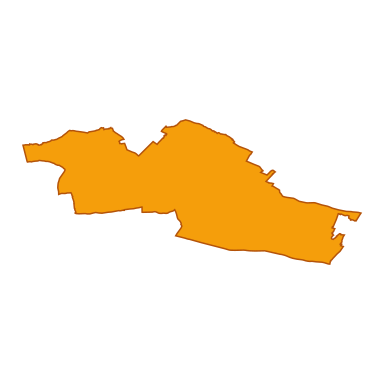 Argetoaia, Dolj, Romania
{"feature_id": "2599482B57573203776478", "entity_name": "Argetoaia", "entity_type": "district", "adm_level": 2, "iso_a3": "ROU", "parent_name": "Romania", "parent_adm1": "Dolj", "projection": "robinson", "projection_center": [23.353, 44.503], "detail": "fine", "context": "isolated", "style": "filled", "palette": "amber", "viewbox_px": 384, "rotation_deg": 0, "n_neighbors": 0, "source": "geoboundaries", "source_scale": "gbopen_adm2", "svg_char_len": 5929}
<svg xmlns="http://www.w3.org/2000/svg" viewBox="0 0 384 384"><path d="M328.4,264.0L329.1,264.0L329.8,264.1L330.3,261.7L330.6,261.7L330.4,261.6L330.4,261.2L330.7,260.7L330.9,260.8L331.0,260.5L331.5,259.9L332.0,259.6L332.8,258.5L334.8,256.4L337.1,253.9L340.1,251.2L343.3,246.5L340.7,245.7L341.7,244.3L340.3,244.0L341.7,242.3L341.9,241.9L341.9,240.3L342.7,238.4L342.8,237.7L343.2,236.8L344.3,235.0L340.8,234.7L340.7,233.9L339.6,233.7L336.5,236.2L336.7,236.6L336.1,237.0L335.4,237.8L334.2,238.5L333.2,239.4L331.8,238.9L331.5,238.5L331.6,237.2L331.8,236.9L333.1,235.4L333.5,235.1L332.1,233.7L332.6,233.2L332.2,232.7L333.4,231.7L333.8,231.0L334.2,229.8L334.8,228.7L332.1,227.9L332.5,226.6L333.2,226.7L336.3,219.5L338.3,213.7L339.3,213.9L339.7,214.3L340.4,214.5L340.5,214.1L341.1,214.0L344.1,215.4L345.2,215.7L346.8,215.4L347.5,215.4L349.0,216.0L348.9,216.4L348.7,217.9L349.0,218.3L350.0,218.7L350.5,220.0L350.9,220.2L351.4,219.6L353.0,220.0L355.0,221.0L355.6,220.5L356.1,220.8L359.9,214.7L361.0,213.1L358.3,212.4L356.4,212.2L352.6,211.9L351.3,211.6L346.3,211.4L338.7,209.9L332.4,208.2L328.6,206.6L327.4,206.2L321.7,204.9L315.4,202.9L314.0,202.7L307.5,202.9L306.3,202.8L299.2,201.3L294.5,198.7L293.5,198.3L287.0,197.4L284.5,196.9L282.8,196.3L282.4,196.0L281.1,193.9L279.7,192.4L279.5,190.2L278.8,189.8L278.7,189.5L277.8,189.1L273.0,186.2L272.1,186.0L273.4,183.6L271.2,183.1L269.4,183.0L268.8,182.6L268.5,182.8L267.9,182.3L266.3,181.6L266.0,181.4L271.1,176.0L271.9,175.4L271.9,175.0L272.3,174.5L272.7,174.3L272.7,173.8L273.4,173.7L273.7,173.2L274.2,172.8L274.7,172.2L275.2,171.9L273.3,170.4L272.2,170.3L270.4,171.4L270.1,171.9L267.0,175.0L260.7,172.4L261.9,171.4L263.0,170.8L262.7,170.4L262.4,170.6L261.4,169.1L259.7,166.8L258.7,166.2L254.1,164.4L246.4,161.1L249.6,155.2L250.6,154.5L252.2,152.0L249.5,150.9L248.1,149.9L246.7,149.3L239.0,146.4L236.0,144.6L234.6,143.6L233.6,143.1L233.4,142.9L234.5,141.9L233.4,140.6L233.2,140.1L232.6,140.1L232.2,139.9L232.1,139.7L232.4,139.5L232.5,139.2L229.2,136.8L226.8,135.6L225.7,134.5L225.2,134.7L223.9,134.4L222.6,134.3L221.8,133.9L221.1,134.1L220.6,134.0L219.2,132.9L218.7,132.7L218.1,132.8L217.2,133.4L216.7,132.8L215.6,132.0L215.5,131.9L215.2,131.8L214.5,131.9L214.3,131.3L213.8,130.9L212.3,130.9L211.2,129.7L209.7,128.8L208.0,128.5L205.3,126.8L203.7,126.4L203.4,126.2L203.1,125.5L199.5,123.9L198.5,123.6L196.5,123.4L194.1,122.8L189.9,121.0L185.6,119.9L182.8,120.8L180.6,121.3L176.8,125.1L176.4,125.4L175.5,125.5L175.0,126.0L174.1,126.4L172.9,126.6L171.5,126.6L170.8,126.9L166.4,127.3L166.3,126.6L166.0,126.2L162.5,129.7L161.8,130.5L161.4,131.3L162.4,131.9L166.6,133.7L166.7,134.2L165.9,135.4L165.4,134.9L165.2,134.9L164.9,135.2L164.1,135.6L164.1,135.9L164.3,136.5L163.9,137.0L163.8,137.6L163.4,138.2L162.8,138.1L160.7,140.4L158.6,142.5L157.1,144.4L153.1,141.6L138.7,155.9L138.3,155.8L136.3,153.9L134.8,152.9L132.1,152.0L127.0,149.8L126.6,148.8L126.1,147.2L125.4,145.5L125.2,144.9L124.6,143.4L122.6,143.6L121.5,143.9L120.6,143.5L119.7,143.5L119.4,141.6L119.1,141.3L119.5,141.0L119.8,140.7L120.8,140.3L121.5,139.8L123.9,139.3L123.0,137.9L121.6,136.6L117.8,134.2L117.5,133.9L115.3,132.6L113.9,131.4L113.3,131.1L113.3,130.8L113.2,130.2L112.7,129.4L112.5,128.4L111.9,128.2L110.8,128.1L110.7,127.7L110.2,128.1L109.0,128.4L109.0,128.8L105.2,129.1L104.0,129.6L103.7,128.5L103.5,127.8L102.5,128.0L101.7,127.7L101.2,127.7L100.0,128.6L99.4,129.5L98.3,129.8L97.3,130.2L96.2,130.3L96.0,130.6L95.4,130.8L94.0,131.1L89.1,131.9L88.7,132.1L87.6,133.0L84.1,132.3L77.9,131.4L76.6,131.3L73.8,130.7L72.8,130.6L71.0,130.8L69.8,130.4L68.9,130.9L67.7,131.8L66.6,132.9L63.0,135.6L62.2,136.5L60.0,137.6L59.2,137.9L56.6,139.4L55.8,139.5L53.8,140.1L51.5,140.1L50.8,140.9L50.4,141.1L49.3,141.6L47.2,142.1L46.6,142.6L44.4,142.6L42.9,142.8L42.8,143.6L42.5,143.8L41.9,144.0L41.5,144.7L41.0,144.5L40.2,144.9L39.2,145.2L38.5,145.1L38.3,144.6L37.5,144.5L37.4,144.2L36.0,143.8L34.0,144.1L33.5,144.2L33.1,144.6L32.4,144.5L31.9,144.2L30.6,144.2L29.7,144.0L29.6,144.8L29.4,144.9L28.5,144.9L28.1,144.7L26.7,144.9L26.1,144.7L24.6,145.0L23.0,145.2L27.1,161.4L27.4,162.0L30.2,161.6L31.2,161.9L31.7,161.8L33.3,161.4L33.9,161.4L34.7,161.2L37.6,161.0L38.4,160.8L38.8,160.5L39.1,160.4L42.9,160.9L44.0,160.9L45.9,161.4L47.6,161.4L49.7,161.8L53.3,163.2L54.0,163.3L54.5,163.7L55.5,164.4L57.6,165.2L58.3,165.3L59.1,165.2L61.0,166.4L61.5,166.6L61.8,166.9L62.7,167.3L63.8,168.6L64.4,168.8L64.8,169.2L65.0,169.8L65.0,170.0L64.7,170.9L64.2,171.8L59.6,178.4L59.1,180.3L58.2,183.0L58.0,184.6L57.8,187.4L57.9,188.5L58.6,191.6L58.7,194.4L59.7,194.0L61.7,193.4L64.3,193.5L65.8,193.4L67.0,193.0L69.6,192.9L70.9,192.7L71.3,193.6L71.7,194.1L72.1,195.7L72.6,196.3L72.4,196.5L72.4,197.2L73.7,201.1L73.9,202.1L74.0,203.1L73.9,203.6L74.2,203.9L74.0,204.2L74.4,208.3L74.9,208.8L74.8,209.7L75.7,211.7L75.8,212.3L75.9,212.7L75.2,212.8L75.1,213.1L75.3,213.3L76.3,213.6L78.9,213.8L83.9,213.6L85.6,213.6L87.1,213.9L88.7,213.9L90.0,213.9L93.7,212.9L95.7,212.5L98.9,213.0L102.0,213.2L108.4,212.2L111.4,212.0L118.9,210.6L119.6,210.8L120.9,210.7L122.4,210.3L124.3,210.3L124.3,209.7L129.8,209.0L133.7,208.7L136.2,208.1L139.0,207.7L141.4,207.1L142.0,207.1L142.1,212.2L142.7,212.3L152.4,212.1L154.2,211.7L155.2,211.7L156.3,212.0L158.5,213.1L160.0,213.4L162.2,213.4L162.6,213.2L164.0,213.2L166.2,213.4L167.8,213.1L169.4,212.1L170.2,211.8L173.0,211.0L173.9,210.4L174.7,209.7L175.9,212.2L176.6,214.4L177.4,217.8L178.0,219.1L179.7,220.8L180.3,221.6L180.8,222.5L181.2,223.7L180.9,224.4L181.7,225.6L181.8,226.3L181.0,228.1L177.0,233.6L175.7,235.8L184.8,238.1L187.6,239.0L189.8,239.4L201.2,242.6L224.8,248.7L229.2,250.0L230.7,250.2L234.9,250.3L243.7,250.1L245.7,250.3L246.8,250.5L249.8,250.8L255.2,251.0L264.7,250.8L279.7,254.2L281.8,254.5L284.8,255.3L286.2,255.8L289.7,257.3L292.8,258.3L296.7,259.1L302.2,259.8L303.5,260.1L305.8,260.8L307.8,261.2L309.7,261.4L312.1,261.3L316.1,261.8L322.0,262.2L324.3,262.7L328.4,264.0Z" fill="#f59e0b" stroke="#b45309" stroke-width="1.5"/></svg>